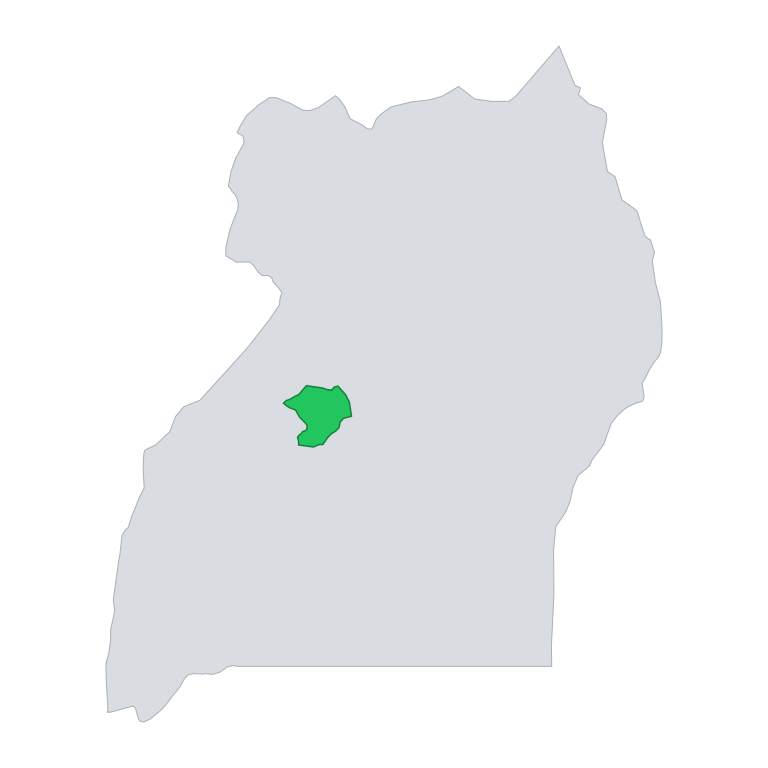 Kyankwanzi highlighted on a map of Uganda
{"feature_id": "UGA-5602", "entity_name": "Kyankwanzi", "entity_type": "District", "adm_level": 1, "iso_a3": "UGA", "parent_name": "Uganda", "parent_adm1": "", "projection": "natural_earth1", "projection_center": [31.594, 1.103], "detail": "fine", "context": "in_parent", "style": "filled", "palette": "green", "viewbox_px": 768, "rotation_deg": 0, "n_neighbors": 0, "source": "natural_earth", "source_scale": "10m", "svg_char_len": 2818}
<svg xmlns="http://www.w3.org/2000/svg" viewBox="0 0 768 768"><path d="M551.7,666.4L540.5,666.4L522.2,666.4L504.0,666.4L485.7,666.4L467.5,666.4L449.2,666.4L431.0,666.4L412.7,666.4L394.5,666.4L376.2,666.4L358.0,666.4L339.7,666.4L321.5,666.4L303.2,666.4L285.0,666.4L266.7,666.4L248.5,666.4L237.7,666.4L235.5,666.0L234.0,665.5L227.1,667.0L220.0,672.2L212.4,674.4L204.3,673.5L203.3,674.1L199.2,673.9L193.3,673.6L188.0,675.0L183.9,679.5L179.7,687.3L172.2,696.3L166.4,704.2L161.4,709.9L150.0,719.2L143.8,721.9L140.7,721.5L138.8,719.8L135.3,707.9L133.0,706.0L110.9,712.1L107.5,712.2L107.9,708.5L106.2,680.5L106.0,663.4L108.9,652.7L110.6,640.3L110.7,629.4L114.8,610.9L113.3,599.8L118.6,560.8L119.9,554.5L122.0,535.7L125.3,529.9L128.1,527.6L131.9,516.0L139.2,497.6L144.2,488.1L143.1,467.3L143.9,453.2L145.1,450.0L155.8,444.8L169.7,431.7L175.6,416.4L183.9,406.6L200.0,400.2L247.7,347.5L269.9,319.1L279.6,304.5L279.9,299.3L281.8,292.4L277.9,287.1L273.3,282.2L271.7,277.7L267.8,275.5L262.1,275.6L258.3,272.3L254.0,265.9L249.7,261.9L236.2,262.2L225.8,255.7L225.9,246.8L230.0,229.3L237.9,209.2L238.3,203.7L237.2,198.9L235.3,194.9L231.7,190.9L228.4,186.1L231.0,171.6L236.0,157.5L240.1,150.4L244.1,142.5L242.9,136.0L237.1,132.7L240.1,126.4L246.4,115.7L258.6,104.9L269.3,97.7L276.4,97.7L290.3,103.4L302.9,110.2L309.8,110.5L318.2,107.7L335.5,95.7L339.7,99.5L344.8,106.8L350.3,118.9L361.2,124.4L366.5,128.2L370.2,129.3L372.3,128.3L376.4,118.8L381.5,113.7L390.7,107.1L411.1,101.9L425.7,100.4L431.9,99.2L442.3,96.2L458.6,86.5L474.7,99.0L492.1,101.4L509.1,101.3L514.2,97.5L517.2,94.6L534.9,74.0L559.0,46.1L575.0,85.4L580.5,87.7L579.7,91.1L578.4,94.5L588.9,103.9L601.8,108.9L606.4,113.7L606.8,119.0L602.5,142.0L603.3,148.6L607.5,171.6L615.1,176.8L622.0,200.0L635.8,209.8L637.7,212.6L640.9,223.9L645.1,236.2L648.5,239.0L650.5,239.8L654.5,252.8L652.2,260.2L655.4,282.5L660.5,302.4L661.9,326.2L662.0,336.7L661.8,343.1L660.7,352.2L658.2,357.4L653.8,362.5L649.0,370.5L644.7,379.1L642.1,383.3L644.1,396.2L643.6,399.5L642.5,401.2L636.2,403.1L628.3,406.6L623.4,410.0L616.6,416.5L611.1,423.6L603.8,444.3L591.7,460.5L589.6,465.8L578.1,475.5L573.1,487.3L569.9,501.9L565.4,512.4L555.8,526.7L553.6,549.4L553.9,594.6L551.4,646.1L551.7,666.4Z" fill="#d9dde1" stroke="#a8b0b8" stroke-width="1"/><path d="M338.0,386.2L345.6,394.7L349.4,402.3L351.5,416.2L343.4,418.4L340.2,422.1L339.0,427.7L335.8,431.0L331.3,433.8L327.3,438.0L322.9,444.5L319.3,444.5L313.5,447.0L298.6,445.0L298.6,441.2L297.5,437.3L299.1,435.1L301.7,433.1L302.6,431.5L304.2,431.2L305.9,430.3L306.9,428.5L307.1,425.3L305.3,422.9L299.7,417.3L295.5,410.1L292.6,408.8L289.6,407.8L286.4,405.7L283.5,403.2L286.2,400.6L289.7,399.4L295.6,396.0L298.6,394.7L306.4,385.7L322.5,388.0L327.2,389.6L331.7,390.1L334.0,387.3L336.0,386.5L338.0,386.2Z" fill="#22c55e" stroke="#15803d" stroke-width="1.5"/></svg>